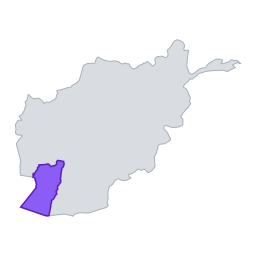 Nimroz on a map of Afghanistan (Natural Earth projection)
{"feature_id": "AFG-1751", "entity_name": "Nimroz", "entity_type": "Province", "adm_level": 1, "iso_a3": "AFG", "parent_name": "Afghanistan", "parent_adm1": "", "projection": "natural_earth1", "projection_center": [62.416, 30.83], "detail": "fine", "context": "in_parent", "style": "filled", "palette": "violet", "viewbox_px": 256, "rotation_deg": 0, "n_neighbors": 0, "source": "natural_earth", "source_scale": "10m", "svg_char_len": 6136}
<svg xmlns="http://www.w3.org/2000/svg" viewBox="0 0 256 256"><path d="M109.2,61.4L114.7,60.9L118.5,61.6L120.5,63.5L122.4,64.0L124.3,63.1L125.5,62.9L126.0,63.5L126.9,63.8L128.4,63.7L129.2,64.2L129.4,65.3L130.5,66.8L132.5,68.6L134.2,69.0L136.4,67.7L137.2,67.8L137.6,67.4L137.8,66.4L139.1,65.4L141.6,64.5L143.0,63.7L143.5,63.1L144.3,62.9L145.3,63.1L145.9,62.8L146.4,61.9L147.3,61.6L148.0,61.8L151.5,65.0L152.9,66.0L153.5,65.8L155.2,64.0L155.4,62.4L154.8,60.3L155.1,58.6L156.2,57.3L158.3,56.5L161.3,56.2L163.2,56.4L163.9,57.1L164.8,57.4L166.0,57.5L167.1,56.8L168.0,55.2L168.0,53.2L167.1,50.9L167.3,50.1L168.8,49.0L170.4,47.2L171.9,44.9L173.3,42.2L175.1,40.5L177.3,39.8L180.1,40.6L183.3,42.7L184.6,45.4L183.9,48.5L183.9,50.2L184.5,50.6L188.1,50.0L188.6,50.4L188.6,51.3L188.1,52.6L187.6,56.4L186.7,65.6L188.4,71.1L189.5,73.3L190.6,74.0L191.7,74.2L192.7,74.0L194.9,72.6L198.1,70.0L201.3,68.4L205.9,67.5L207.4,64.7L209.5,62.9L214.3,60.1L216.9,59.1L218.5,58.9L222.2,59.9L222.5,60.8L222.2,61.7L221.2,62.4L220.9,63.0L221.3,63.4L222.8,63.6L229.3,61.7L230.6,60.0L232.0,59.9L234.8,60.6L236.9,60.4L238.0,61.1L240.6,63.6L239.8,63.7L238.7,63.2L238.0,62.4L235.4,63.5L232.6,65.0L232.7,65.4L235.3,67.6L230.0,70.1L227.6,71.5L227.0,71.5L223.4,70.2L213.2,70.6L205.5,71.4L202.5,72.6L199.7,73.2L198.3,73.9L197.4,75.2L193.2,78.1L192.4,79.1L190.0,79.0L187.6,81.8L184.1,85.1L183.4,86.7L184.0,87.5L186.0,88.7L186.8,89.8L188.3,93.0L188.9,95.3L189.8,96.3L190.3,99.0L189.5,100.5L189.5,101.3L190.7,103.4L190.4,104.0L189.6,105.0L188.2,107.6L185.7,109.5L184.7,111.2L183.0,113.1L182.3,114.7L181.5,115.6L180.7,116.1L181.0,116.9L181.7,118.0L182.9,119.2L182.9,124.1L182.3,125.4L179.2,126.8L176.1,127.3L172.3,127.4L170.9,127.2L165.6,125.4L164.0,126.3L163.7,128.4L166.8,131.9L168.0,133.8L169.4,137.0L170.5,138.7L170.2,140.2L164.8,143.7L161.4,144.0L159.3,144.6L158.2,145.5L157.5,149.1L156.8,150.5L156.8,152.0L156.2,153.8L155.1,155.0L154.3,156.9L155.1,166.6L152.1,170.4L150.3,171.8L148.7,172.5L147.3,172.2L145.5,170.0L144.3,169.2L143.1,169.4L141.9,170.1L139.9,169.9L138.2,169.1L137.4,169.2L136.9,170.0L135.1,171.6L130.7,174.2L128.9,174.3L128.2,175.0L128.5,176.0L129.3,176.8L130.7,177.4L130.8,178.1L128.5,179.4L126.2,180.3L123.6,180.6L120.9,180.1L119.4,179.0L117.8,178.9L116.3,179.7L114.7,181.0L112.6,184.4L109.5,186.5L108.7,188.7L107.8,192.5L108.1,198.1L107.8,200.6L107.1,202.2L107.2,203.5L108.3,204.9L107.9,205.9L107.0,206.9L106.1,207.5L88.9,212.9L86.0,213.0L84.6,212.8L79.6,212.8L77.6,213.2L75.6,213.9L74.1,214.8L72.9,216.2L70.8,215.4L64.4,214.1L46.9,215.9L45.2,215.5L20.7,207.1L35.8,188.1L36.2,186.5L36.3,183.4L35.4,179.3L33.8,177.4L20.5,175.2L20.0,172.0L20.2,170.5L20.0,167.7L20.0,165.6L20.6,162.1L20.7,160.5L16.5,144.7L16.5,143.2L19.0,139.6L22.2,136.0L22.0,135.4L20.4,135.0L18.0,135.0L16.7,134.4L15.7,133.4L15.4,132.0L16.0,129.5L15.4,124.6L17.9,120.4L21.8,120.2L19.8,117.1L19.4,116.8L19.2,116.3L19.4,115.8L20.4,115.6L22.8,113.7L22.9,112.6L24.8,109.7L24.7,108.5L26.0,105.1L25.3,102.9L25.2,101.6L26.6,100.9L27.5,97.7L28.0,96.9L28.1,96.2L27.8,94.9L29.1,94.7L30.3,96.3L32.2,98.0L33.4,98.5L34.9,98.8L38.4,98.2L39.1,98.3L42.7,101.3L43.3,102.1L43.6,103.3L44.2,103.6L45.4,102.4L46.6,102.0L49.0,102.4L50.2,102.0L56.0,98.3L56.4,95.9L56.9,94.5L57.7,93.8L56.8,91.0L57.1,90.5L57.9,90.2L59.8,90.2L68.6,87.3L70.9,87.3L71.4,87.0L71.5,86.2L72.2,85.3L76.3,83.1L78.7,80.9L79.6,79.2L83.4,65.5L85.5,64.3L87.6,63.5L94.9,63.2L96.2,59.0L96.8,58.0L98.1,57.0L103.5,60.0L109.2,61.4Z" fill="#d9dde1" stroke="#a8b0b8" stroke-width="1"/><path d="M20.7,207.1L21.6,205.9L22.9,204.4L25.4,201.3L26.7,199.7L27.6,198.5L29.3,196.3L30.6,194.7L32.5,192.4L34.5,189.8L35.8,188.1L36.1,187.8L36.0,187.7L36.1,187.3L36.1,187.2L36.1,185.8L36.1,185.6L36.4,185.0L36.5,184.5L36.5,184.2L36.4,183.8L36.2,183.1L35.9,182.5L35.9,182.3L35.9,181.7L35.7,181.3L35.3,180.6L35.2,180.2L35.1,179.8L35.3,178.9L35.1,178.6L34.6,177.8L34.3,177.6L33.9,177.4L33.0,177.3L33.0,177.1L33.2,176.7L33.3,176.5L33.3,176.4L33.2,176.1L33.3,176.0L33.3,175.8L33.4,175.7L33.2,175.5L33.1,175.4L33.0,175.0L33.0,174.8L33.2,175.0L33.3,175.0L33.3,174.9L33.4,175.0L33.5,175.1L34.0,174.8L34.1,174.6L34.1,174.4L34.0,174.2L33.9,174.0L33.8,173.7L33.8,173.4L33.9,173.2L34.0,173.2L34.5,173.2L34.9,173.0L35.4,172.3L36.1,170.9L36.5,170.4L36.8,170.2L37.2,169.6L37.4,169.4L37.6,169.2L37.6,168.9L37.5,168.5L37.4,168.1L37.4,167.9L37.5,167.6L37.6,167.4L38.7,166.8L39.0,166.6L39.0,166.4L39.0,166.2L38.9,165.8L38.9,165.5L38.8,165.4L38.8,165.2L38.9,164.9L45.5,164.5L47.3,164.0L47.5,163.9L47.9,164.0L48.4,164.1L48.6,164.1L48.8,164.3L49.5,165.1L50.7,166.5L50.9,166.6L51.1,166.7L51.4,166.5L51.5,166.4L53.0,165.8L54.0,165.8L54.9,165.5L55.1,165.4L55.7,165.0L56.0,164.7L56.2,164.4L56.4,164.2L56.5,164.0L56.5,163.8L56.6,163.6L56.6,162.1L56.7,161.9L56.8,161.4L56.9,161.2L57.1,161.0L57.4,160.6L57.5,160.5L57.7,160.4L57.8,160.4L58.6,160.6L60.3,160.7L63.2,161.5L63.6,161.4L63.7,162.1L63.7,162.4L63.7,162.6L63.8,162.8L63.9,163.0L64.0,163.2L64.0,163.3L64.2,163.7L64.2,163.8L64.2,164.0L64.0,164.3L63.7,164.5L63.7,164.8L63.8,165.2L63.8,165.4L63.7,165.7L63.1,166.9L62.9,167.3L62.7,167.5L62.0,168.1L61.7,169.2L60.8,175.5L60.8,177.5L60.6,177.9L60.3,178.3L60.2,178.7L60.5,179.4L60.7,179.7L60.7,179.8L60.8,180.0L60.7,181.9L60.7,182.1L60.7,182.4L60.4,182.8L60.1,182.9L59.9,183.0L59.1,184.5L58.9,184.9L58.8,185.1L58.5,185.4L58.3,185.5L57.7,185.8L57.5,186.1L57.6,186.8L57.6,188.1L57.7,189.1L57.7,189.4L57.5,189.5L57.2,189.7L57.1,189.8L56.9,190.0L56.4,190.7L56.2,190.9L56.1,191.0L56.2,191.4L56.4,191.5L56.6,191.7L56.6,191.8L56.2,192.5L56.2,192.8L56.3,192.9L56.4,193.1L56.6,193.4L56.7,193.5L56.8,193.7L56.8,193.8L56.8,194.0L56.7,194.2L56.5,194.5L55.6,195.1L55.4,195.4L55.2,195.8L55.0,196.4L54.6,197.2L54.0,198.3L53.5,198.9L52.8,199.6L52.3,199.9L52.1,200.0L51.8,200.1L51.7,200.1L51.5,200.3L51.5,200.5L51.5,201.5L51.4,202.9L51.3,203.2L51.2,203.4L50.8,204.0L50.7,204.2L50.7,204.4L50.8,205.3L50.8,206.1L48.9,215.7L46.9,215.9L45.2,215.5L43.7,215.0L42.4,214.6L41.0,214.1L39.7,213.7L38.4,213.2L37.0,212.7L35.7,212.3L34.4,211.8L33.0,211.4L31.7,210.9L30.4,210.5L29.0,210.0L27.7,209.6L26.4,209.1L25.0,208.6L23.7,208.2L22.4,207.7L21.2,207.3L20.7,207.1Z" fill="#8b5cf6" stroke="#5b21b6" stroke-width="1.5"/></svg>